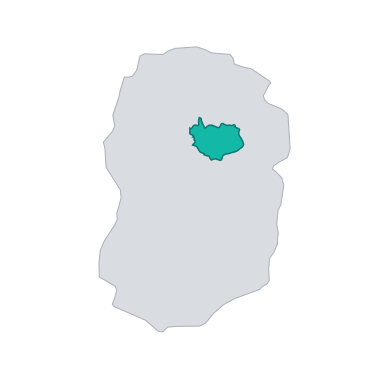 location of Brod within North Macedonia, rotated 110°
{"feature_id": "MKD-2944", "entity_name": "Brod", "entity_type": "Statistical Region", "adm_level": 1, "iso_a3": "MKD", "parent_name": "North Macedonia", "parent_adm1": "", "projection": "robinson", "projection_center": [21.2, 41.634], "detail": "fine", "context": "in_parent", "style": "filled", "palette": "teal", "viewbox_px": 384, "rotation_deg": 110, "n_neighbors": 0, "source": "natural_earth", "source_scale": "10m", "svg_char_len": 2829}
<svg xmlns="http://www.w3.org/2000/svg" viewBox="0 0 384 384"><g transform="rotate(110 192 192)"><path d="M173.6,104.2L179.8,104.9L193.2,101.4L201.6,96.6L205.8,95.9L211.5,94.0L219.6,94.3L227.9,96.4L238.4,93.6L248.7,89.1L252.8,90.2L257.3,94.1L260.3,95.1L277.5,115.4L286.9,123.7L298.0,129.9L310.7,134.5L315.3,138.8L323.5,160.5L327.4,168.7L332.8,171.1L334.1,173.5L334.3,176.6L328.4,191.8L326.3,225.8L324.8,228.5L318.4,228.4L310.0,229.1L306.8,231.8L303.6,250.1L290.1,255.3L277.8,258.3L267.5,257.6L249.2,253.3L243.3,252.8L238.2,255.3L222.0,256.6L214.8,259.8L198.1,281.2L181.2,288.6L175.4,292.3L162.4,287.6L156.2,287.1L147.2,292.6L127.5,293.1L122.2,294.1L107.0,294.9L106.4,292.0L103.6,287.6L96.5,285.6L82.0,287.4L78.5,284.2L72.6,266.0L68.0,263.1L62.8,257.0L54.0,237.2L53.8,228.6L54.5,221.0L49.7,203.3L52.7,198.8L57.2,196.0L57.3,188.9L56.0,178.0L61.4,156.7L62.9,155.2L64.3,156.2L77.2,157.9L80.6,155.2L82.7,151.0L83.4,135.5L86.5,128.3L117.8,114.6L127.0,114.1L134.0,120.4L139.6,124.4L143.0,124.3L144.2,120.2L148.0,112.4L154.4,108.0L173.4,104.2L173.6,104.2Z" fill="#d9dde1" stroke="#a8b0b8" stroke-width="1"/><path d="M131.1,159.8L131.6,159.9L132.6,160.2L133.9,161.0L135.2,162.1L136.3,162.6L137.1,162.9L138.3,164.0L139.6,165.4L141.2,167.9L143.3,170.5L145.0,173.6L147.2,175.4L149.0,175.6L149.7,175.1L150.5,175.3L151.8,175.3L152.7,176.4L152.7,179.6L152.7,181.0L154.0,183.4L155.0,184.3L155.1,183.9L155.3,184.8L154.6,186.1L153.6,187.2L152.9,187.7L152.6,188.2L152.5,189.0L152.9,190.1L152.9,191.5L152.8,193.1L152.8,193.5L152.5,193.5L151.9,193.5L151.8,195.2L151.7,197.7L150.9,199.3L150.1,200.2L149.1,201.3L148.5,202.0L147.9,203.0L147.6,204.0L147.6,206.1L147.7,207.5L147.1,207.4L146.2,207.0L145.6,206.6L144.5,206.2L143.2,206.4L142.7,206.9L142.3,207.9L141.7,208.2L140.9,208.2L140.1,208.7L139.9,209.0L139.9,209.8L140.0,210.0L139.6,209.9L138.6,210.0L138.3,210.9L138.3,211.7L138.3,212.9L137.9,214.0L136.4,214.6L134.3,215.2L132.8,215.9L132.8,215.5L132.5,214.4L131.4,213.8L130.3,213.7L129.0,213.2L128.3,212.5L127.9,211.8L127.8,211.3L127.8,210.5L127.8,209.6L127.7,209.2L127.2,208.8L125.8,208.8L124.9,209.4L124.2,209.8L123.4,210.0L122.3,210.4L121.3,210.5L120.7,210.5L119.6,210.7L119.6,210.1L119.6,209.5L119.8,208.5L120.6,208.1L121.7,207.8L122.3,206.8L124.0,205.7L125.2,204.2L126.5,203.0L127.6,202.3L127.5,201.5L126.5,200.9L125.1,200.2L123.7,199.0L123.1,198.2L122.8,196.0L122.5,195.2L122.4,195.3L122.5,193.5L122.6,191.4L122.6,189.7L122.0,188.6L120.4,187.9L119.2,187.9L118.0,187.8L117.4,187.3L117.0,186.1L117.6,184.1L117.4,181.7L117.0,180.8L116.5,180.2L116.2,179.4L116.2,178.3L116.0,177.2L115.0,176.4L114.4,175.1L114.6,174.3L115.2,173.9L116.1,173.9L116.4,173.3L116.4,172.0L116.4,169.9L117.0,168.7L119.3,168.5L119.9,168.4L121.4,168.0L123.0,166.7L124.9,163.9L127.5,161.3L129.6,159.8L131.1,159.8Z" fill="#14b8a6" stroke="#0f766e" stroke-width="1.5"/></g></svg>